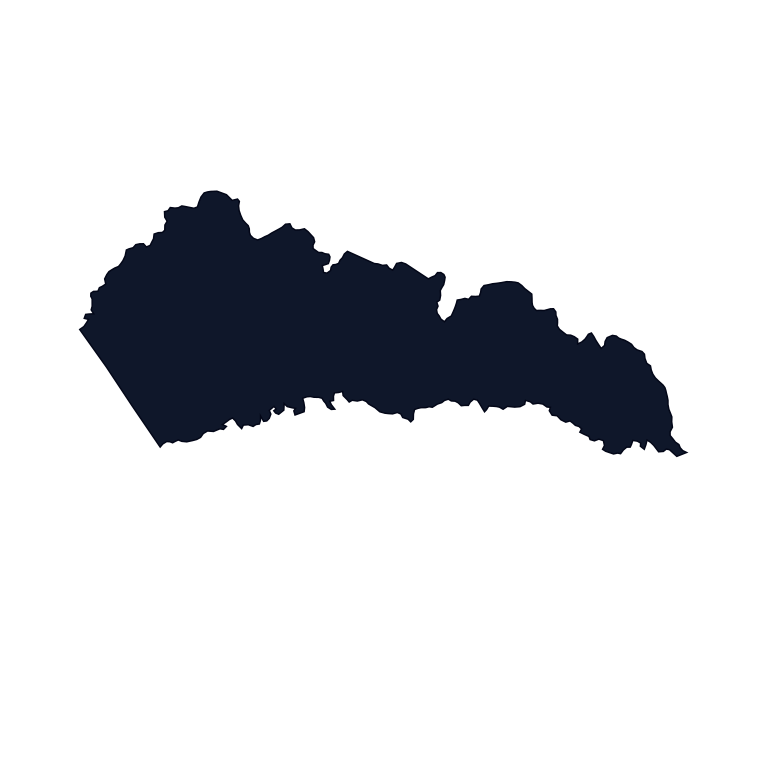 outline of Colméia, Tocantins, Brazil, rotated 293°
{"feature_id": "56859067B96092226018551", "entity_name": "Colméia", "entity_type": "district", "adm_level": 2, "iso_a3": "BRA", "parent_name": "Brazil", "parent_adm1": "Tocantins", "projection": "mercator", "projection_center": [-48.748, -8.892], "detail": "fine", "context": "isolated", "style": "filled", "palette": "ink", "viewbox_px": 768, "rotation_deg": 293, "n_neighbors": 0, "source": "geoboundaries", "source_scale": "gbopen_adm2", "svg_char_len": 5169}
<svg xmlns="http://www.w3.org/2000/svg" viewBox="0 0 768 768"><g transform="rotate(293 384 384)"><path d="M517.0,488.4L520.8,486.7L524.5,484.9L525.5,481.2L526.8,476.3L528.5,472.3L529.5,468.0L528.9,464.8L527.7,461.0L526.1,456.9L523.0,452.2L520.7,448.4L518.7,444.8L516.2,441.4L513.7,437.6L509.4,436.3L505.9,437.2L502.1,437.4L500.3,434.0L498.9,430.2L495.0,428.8L494.4,425.0L491.9,421.8L489.9,418.6L486.8,419.1L483.2,419.4L480.3,419.5L477.2,419.5L472.9,419.4L469.0,416.5L464.9,415.3L466.0,411.0L468.2,408.2L469.8,405.4L473.0,403.3L476.8,403.3L479.9,400.6L483.0,402.5L487.6,401.5L492.0,399.3L495.4,399.6L498.8,400.1L502.7,399.4L506.2,398.5L508.2,396.3L508.8,392.8L507.4,389.7L503.7,388.7L501.0,386.1L498.1,383.7L503.0,357.1L502.7,352.6L499.9,348.5L495.6,348.1L492.2,347.5L492.6,343.5L494.6,339.9L492.6,336.3L492.2,331.6L491.1,328.0L491.8,298.5L488.2,296.7L484.0,296.4L480.8,295.2L477.3,295.1L475.2,293.0L473.8,290.5L470.9,289.7L467.6,290.5L463.8,288.2L463.0,284.8L466.4,282.7L468.9,280.9L471.1,283.5L473.1,285.7L476.4,285.5L479.9,284.6L481.8,282.4L480.8,278.7L480.8,275.5L479.5,272.3L480.2,269.2L481.0,265.8L484.1,264.4L487.8,264.6L491.2,262.0L493.0,258.0L494.6,254.5L495.8,250.1L492.8,246.0L491.1,242.2L491.7,238.3L494.7,234.8L492.6,230.9L488.5,229.0L486.1,227.2L482.7,224.5L479.1,221.6L475.7,219.3L473.1,216.8L470.0,214.3L467.2,211.4L467.1,206.9L468.7,202.9L471.1,200.8L474.3,199.3L476.7,197.1L478.0,193.8L479.9,189.8L483.5,186.0L487.1,182.8L491.2,180.5L495.6,179.5L497.0,176.9L493.7,172.5L496.7,165.0L496.2,154.9L493.4,149.0L491.7,146.3L489.6,143.8L484.6,142.5L479.1,142.6L474.1,143.1L471.5,140.4L469.6,131.2L468.9,128.3L465.9,125.9L464.2,122.8L462.9,118.3L459.1,117.5L456.9,114.6L451.9,117.0L449.1,120.8L444.8,120.2L439.9,122.1L436.9,120.8L435.1,117.1L432.2,113.8L427.6,115.1L423.8,114.8L420.2,114.6L417.3,111.7L419.1,107.8L417.6,104.4L415.3,101.1L411.4,99.8L408.8,96.5L406.7,94.5L400.7,95.7L395.5,95.5L391.4,94.6L388.4,93.7L385.6,90.9L383.2,89.1L380.0,86.9L376.4,86.1L371.6,85.8L367.3,88.8L363.8,86.5L361.5,84.4L357.6,84.4L355.7,80.4L353.1,78.7L350.2,79.8L348.3,82.1L341.5,85.0L337.8,85.5L335.2,89.4L333.2,85.2L331.5,82.2L327.3,82.4L328.0,86.8L324.0,86.2L319.6,85.3L315.3,82.6L291.2,121.8L265.6,160.5L238.5,202.6L242.4,203.8L246.1,206.4L247.2,209.5L247.3,212.4L249.7,214.3L252.1,216.5L252.2,220.2L253.7,225.0L257.3,230.1L259.8,233.3L263.2,236.0L267.8,237.0L271.8,239.9L273.7,245.6L278.7,250.5L279.5,254.0L283.4,255.5L283.5,251.1L287.3,253.5L290.8,255.5L293.5,257.9L292.0,261.7L289.5,265.0L287.3,270.4L291.2,270.6L293.5,275.0L293.8,280.1L296.6,281.9L298.5,284.9L302.6,284.4L306.5,282.7L302.6,287.8L304.2,290.5L307.5,291.8L312.1,291.6L314.9,288.7L320.4,291.5L318.9,294.5L316.3,293.0L314.9,295.6L315.0,298.9L320.8,302.0L327.0,299.7L325.4,303.7L326.2,308.7L327.0,312.1L324.0,311.5L320.7,314.2L327.3,321.3L331.3,320.1L335.5,317.5L339.1,314.7L342.1,318.0L343.7,321.1L344.5,324.9L346.2,329.0L346.7,332.6L344.8,335.1L343.5,337.8L340.7,341.1L340.0,345.4L341.6,348.5L344.3,343.7L346.9,340.8L349.1,344.0L353.1,342.2L356.5,341.9L358.5,345.6L361.0,348.8L357.4,350.9L355.2,356.3L353.8,359.0L356.6,361.1L357.9,366.1L361.0,370.3L361.0,374.6L359.6,377.6L358.7,385.0L356.8,391.0L357.5,396.3L358.5,399.6L359.9,403.6L363.0,407.4L363.0,411.2L360.5,414.3L361.0,420.0L359.6,423.4L362.9,424.8L368.0,422.8L372.5,422.1L374.9,424.8L376.6,427.2L378.6,431.7L380.7,434.4L381.5,437.6L386.4,441.0L389.4,444.4L392.5,446.1L395.2,449.2L394.7,452.5L396.0,456.2L395.7,459.7L394.2,463.6L395.9,466.7L397.3,470.0L401.0,470.4L405.1,472.5L405.6,476.3L403.4,479.6L400.5,483.5L397.7,487.4L400.4,488.4L404.6,489.0L406.1,492.9L407.3,496.6L407.8,499.4L407.3,503.5L411.6,506.3L413.8,513.3L416.3,518.1L420.3,521.4L424.2,520.6L424.8,525.7L423.8,529.0L426.5,533.3L427.6,538.0L426.5,543.0L427.6,546.3L424.0,546.6L421.0,550.9L422.4,555.8L420.2,560.8L419.9,566.2L422.7,569.7L421.8,573.2L420.7,576.3L421.1,580.1L419.9,583.4L416.2,583.1L415.9,587.9L415.8,593.2L413.4,595.4L413.9,599.9L417.2,603.3L417.6,608.1L413.4,611.0L409.3,610.7L408.7,614.3L409.3,622.6L411.7,626.0L412.3,629.0L416.8,630.1L420.7,632.1L422.1,635.3L424.9,635.4L429.3,635.1L430.4,639.6L429.9,643.4L426.9,644.3L425.6,649.1L430.5,648.8L435.2,648.0L434.5,652.2L432.9,656.3L428.9,663.3L431.1,667.5L434.4,669.3L435.1,672.4L431.8,681.8L439.2,689.3L439.4,685.0L441.0,681.6L443.5,679.1L444.3,675.0L446.4,671.3L448.4,667.5L451.8,666.0L456.9,666.4L461.6,663.6L466.2,661.8L469.0,659.1L472.0,656.1L476.1,653.4L479.9,651.8L483.2,649.6L485.7,647.7L488.2,645.9L490.4,644.0L492.0,641.3L493.0,638.4L494.0,635.5L495.6,631.4L498.1,627.6L501.3,624.5L504.8,622.2L505.7,617.8L509.5,614.2L513.2,612.1L514.7,608.8L514.3,603.7L515.2,599.8L517.3,596.3L518.0,592.0L518.3,588.4L518.0,585.0L518.0,582.0L518.9,579.1L518.0,575.3L513.9,571.3L509.6,570.9L505.7,572.0L501.6,570.0L504.6,565.4L507.0,561.9L509.6,558.7L512.0,555.0L509.7,552.7L506.8,552.2L503.8,551.5L499.9,549.6L496.5,546.6L501.0,544.8L501.9,540.7L501.9,536.8L500.5,532.9L501.6,528.7L502.9,524.1L505.2,520.8L508.2,519.8L511.4,518.4L514.3,515.5L517.5,514.0L519.5,510.7L518.3,507.9L516.4,505.5L514.2,502.7L512.8,499.0L511.2,495.6L512.4,492.6L514.4,490.0L517.0,488.4Z" fill="#0f172a" stroke="#020617" stroke-width="1.5"/></g></svg>